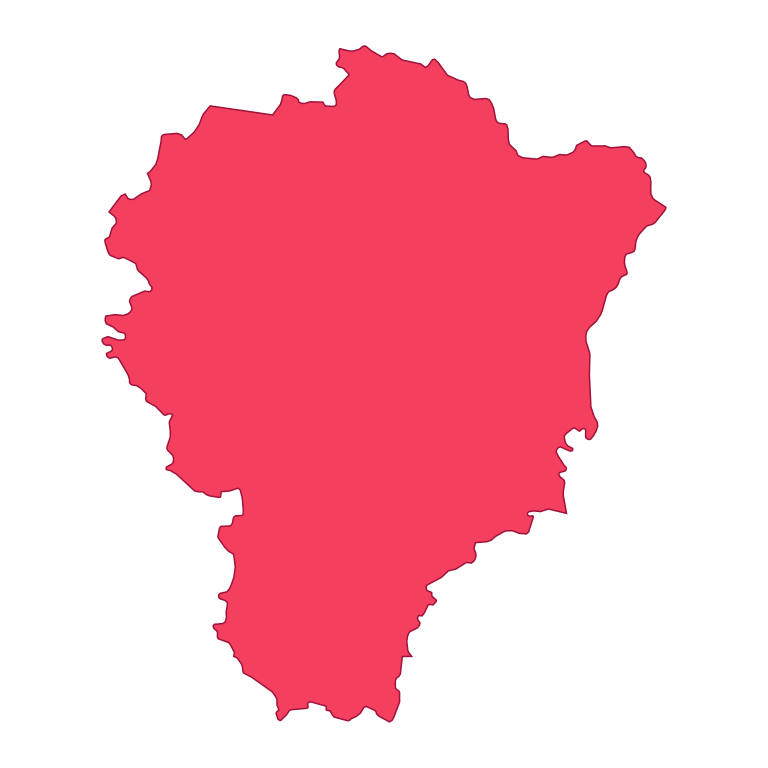 the Region of Yaroslavl'
{"feature_id": "RUS-2360", "entity_name": "Yaroslavl'", "entity_type": "Region", "adm_level": 1, "iso_a3": "RUS", "parent_name": "Russia", "parent_adm1": "", "projection": "orthographic", "projection_center": [39.095, 57.746], "detail": "fine", "context": "isolated", "style": "filled", "palette": "rose", "viewbox_px": 768, "rotation_deg": 0, "n_neighbors": 0, "source": "natural_earth", "source_scale": "10m", "svg_char_len": 6081}
<svg xmlns="http://www.w3.org/2000/svg" viewBox="0 0 768 768"><path d="M629.3,147.3L633.9,152.7L635.9,156.3L638.2,157.6L641.3,157.9L644.1,160.5L645.6,162.8L646.1,165.9L645.7,167.7L643.7,170.3L643.7,171.5L644.7,172.9L648.6,175.1L650.2,177.3L650.9,182.4L650.7,188.2L650.9,193.9L652.6,197.9L654.5,199.9L665.9,207.3L665.6,208.9L664.3,211.1L654.9,222.7L652.4,224.3L646.6,226.0L639.1,234.3L637.0,238.1L635.9,241.6L634.9,249.6L634.1,251.2L631.8,252.5L626.7,254.0L625.7,255.2L624.9,256.9L624.4,262.3L624.9,265.8L626.9,271.5L627.1,272.9L626.7,274.3L621.8,276.6L620.6,277.8L619.7,279.4L618.1,284.2L616.1,287.4L612.5,290.1L609.5,291.2L607.9,292.8L606.4,295.6L602.1,311.1L600.7,314.5L596.3,321.2L589.7,327.1L587.0,330.9L585.9,334.9L585.9,341.0L589.7,353.0L589.9,354.9L589.4,374.9L590.9,406.9L594.0,416.3L597.4,422.4L597.7,426.4L595.8,431.7L593.4,435.8L590.6,439.2L589.4,439.5L588.0,439.3L585.9,437.8L585.6,436.3L585.7,431.2L585.5,429.7L584.7,428.7L582.2,428.7L579.6,431.2L574.5,428.0L572.9,428.2L565.9,433.9L564.2,436.2L564.9,440.7L566.0,443.8L567.8,445.9L572.7,448.5L572.8,449.6L572.0,450.9L569.7,451.0L560.3,446.8L558.0,447.8L556.4,450.1L556.2,451.7L557.9,455.6L563.9,465.1L566.0,467.3L566.4,468.6L565.5,470.8L559.3,472.6L558.9,473.8L559.1,475.3L560.6,477.4L563.3,479.4L564.2,480.8L564.7,482.8L563.4,490.9L563.2,495.0L566.5,513.4L548.5,509.0L540.4,511.6L533.6,510.9L528.6,511.8L527.6,512.9L527.6,515.3L529.8,516.2L532.3,515.8L533.2,516.4L533.2,517.6L528.6,531.9L526.4,533.9L519.4,533.4L512.4,530.7L506.5,530.8L503.5,531.8L495.6,536.4L490.8,540.4L486.6,541.7L475.5,542.7L474.0,548.7L475.7,552.9L476.0,556.1L474.9,559.6L473.5,561.5L471.4,563.0L466.3,562.5L456.0,569.0L448.3,570.9L441.5,577.3L427.0,585.1L426.1,587.0L426.7,589.8L427.4,590.7L431.7,592.5L431.7,594.7L432.2,596.5L435.9,599.6L436.3,600.5L436.1,601.6L433.0,605.0L430.0,604.4L428.2,604.9L424.3,613.0L422.1,615.9L418.8,615.5L417.7,617.2L417.6,618.4L418.0,620.0L419.9,622.6L419.6,625.0L417.4,627.9L409.9,631.7L408.6,633.5L407.5,636.3L406.8,641.4L407.8,650.5L408.8,652.7L411.7,656.4L402.3,656.5L400.4,673.8L398.9,676.4L396.3,678.3L395.3,681.0L395.4,687.6L396.3,689.2L398.8,690.9L399.6,692.5L399.6,702.0L393.9,717.1L392.2,720.2L389.5,721.9L378.9,716.2L376.5,713.8L376.1,712.0L375.1,710.5L366.3,706.5L363.9,707.3L360.5,713.0L356.3,716.4L351.3,718.7L349.2,720.5L347.6,720.7L334.2,717.1L332.2,714.7L330.2,711.0L326.5,710.2L326.1,708.9L326.3,706.9L325.9,706.1L310.5,701.8L308.0,702.7L307.7,704.5L308.1,707.2L307.1,708.3L290.5,709.8L289.1,710.9L286.3,715.1L280.9,720.3L280.1,720.6L277.9,719.1L276.1,713.3L276.7,711.8L278.7,710.4L278.2,707.8L277.0,705.2L277.0,699.7L275.8,696.9L272.3,691.9L251.5,677.1L243.7,673.0L243.0,671.8L242.4,666.6L241.2,663.6L237.1,657.9L233.7,656.3L234.4,652.9L234.2,652.1L230.8,645.4L228.7,642.6L218.2,638.8L217.4,637.0L217.5,633.2L217.2,631.4L213.8,628.2L213.3,626.7L213.3,625.6L214.5,624.3L222.4,623.6L224.8,622.3L225.8,620.4L226.4,617.2L226.2,611.1L227.3,605.7L227.3,602.4L225.0,600.4L220.3,598.9L218.9,597.7L218.6,595.3L219.7,593.5L226.9,591.8L228.9,589.6L230.9,585.9L233.9,577.2L235.3,567.1L233.9,555.9L233.2,553.9L228.7,551.3L224.9,547.4L218.3,538.0L217.9,536.6L219.5,528.2L220.7,526.4L230.7,525.9L232.5,522.8L233.2,518.7L234.2,516.7L235.6,515.8L242.0,515.5L243.0,514.8L243.3,512.0L243.1,507.1L242.2,497.7L240.1,489.7L237.9,488.2L229.8,490.9L222.1,491.6L221.1,492.1L220.5,497.1L219.3,497.4L210.0,496.0L206.4,494.6L202.8,491.8L198.3,491.8L194.6,490.9L176.5,474.2L170.0,470.4L166.4,469.6L166.1,468.3L166.4,467.1L172.4,463.7L173.1,462.4L173.5,460.4L173.5,458.3L172.8,455.5L167.4,450.0L166.9,448.2L167.1,446.6L170.3,436.9L170.3,431.1L169.3,422.9L169.7,420.8L171.7,417.2L172.4,414.5L169.5,413.6L165.5,415.2L164.1,415.0L155.6,406.4L146.9,401.6L145.9,400.0L145.7,398.5L146.3,393.8L140.7,388.1L136.7,385.7L131.3,384.7L130.0,383.5L129.5,382.0L129.6,380.2L129.0,377.5L127.8,374.2L118.3,358.1L115.4,356.8L110.0,358.3L107.5,357.0L106.6,355.3L106.5,353.5L111.1,351.2L112.1,350.2L112.5,348.6L111.5,346.1L110.5,345.2L105.8,345.1L103.7,343.9L102.2,341.3L102.1,339.7L102.9,338.6L108.0,336.6L118.2,340.1L124.4,339.9L125.5,337.9L125.5,335.4L124.5,333.3L118.3,331.6L113.1,327.0L106.3,323.8L105.2,320.8L105.3,317.9L105.8,316.1L115.0,314.6L123.3,315.5L127.9,313.8L130.2,312.0L132.0,309.4L131.8,307.2L129.7,302.0L129.6,300.3L130.8,297.8L132.0,296.5L144.5,291.1L150.1,291.7L151.8,289.6L152.0,287.5L149.2,283.6L148.5,281.0L146.4,278.0L138.4,270.9L137.4,269.4L136.0,264.1L134.9,263.0L124.3,257.6L122.6,257.5L118.7,258.8L110.4,255.5L108.7,253.5L107.8,251.2L105.2,242.8L104.9,240.2L105.4,239.2L108.9,237.3L109.7,236.1L112.2,227.8L116.1,223.6L116.4,221.7L115.8,218.4L114.5,216.4L109.0,212.0L121.0,196.0L125.2,194.0L127.9,198.5L130.4,199.4L133.5,199.3L141.4,193.8L149.7,190.5L151.3,184.9L151.0,181.7L147.5,173.4L150.3,171.4L155.8,164.4L157.7,158.8L161.1,141.2L161.4,136.9L162.3,135.4L164.1,134.5L177.2,133.4L181.7,135.0L185.0,139.1L186.9,138.7L194.2,132.1L199.3,124.4L201.8,117.5L203.5,113.9L210.2,105.9L272.6,115.0L280.4,104.5L282.0,99.8L282.4,96.5L283.2,95.2L285.2,94.6L290.7,95.4L296.5,97.9L298.3,99.8L298.6,102.0L301.2,103.3L304.6,103.5L310.1,101.8L322.9,102.1L324.7,105.3L325.7,106.1L333.9,106.4L335.2,105.8L336.3,104.6L336.3,101.6L336.1,99.7L334.3,93.8L334.3,90.9L335.2,89.3L348.8,75.3L348.8,74.2L343.9,68.6L341.6,67.4L338.8,67.0L336.7,65.3L336.3,64.0L336.4,62.6L338.8,59.5L339.6,57.7L339.0,50.6L339.9,48.7L349.4,51.0L352.8,51.1L359.1,49.4L363.2,46.1L365.7,46.1L371.2,50.7L381.3,56.6L382.6,56.8L386.6,53.9L390.0,53.2L394.1,53.8L402.2,60.0L420.8,64.0L425.3,67.4L427.9,66.0L432.3,59.9L434.5,59.1L438.1,62.4L447.4,75.2L458.4,80.2L463.2,81.4L465.6,83.1L467.1,86.7L468.7,94.8L470.2,97.6L474.6,99.4L485.5,98.5L489.1,99.6L491.6,103.4L493.7,108.6L495.6,118.9L496.7,121.6L499.2,123.3L505.4,123.9L506.7,124.9L507.9,128.8L508.4,139.9L509.5,144.5L516.1,150.8L517.8,155.4L522.9,157.8L537.2,159.1L543.0,156.4L551.0,157.3L553.4,157.1L559.7,154.5L566.7,155.1L573.0,152.3L575.2,149.7L576.6,145.4L585.3,140.9L586.7,140.9L590.9,145.3L592.5,146.0L605.1,145.9L611.1,147.9L624.1,146.6L629.3,147.3Z" fill="#f43f5e" stroke="#9f1239" stroke-width="1.5"/></svg>